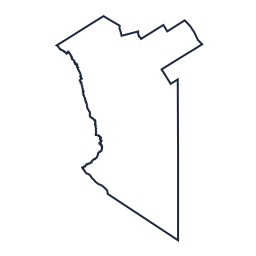 the district of Caseros, Santa Fe, Argentina, rotated 271°
{"feature_id": "61730980B68223475909099", "entity_name": "Caseros", "entity_type": "district", "adm_level": 2, "iso_a3": "ARG", "parent_name": "Argentina", "parent_adm1": "Santa Fe", "projection": "robinson", "projection_center": [-61.441, -33.197], "detail": "fine", "context": "isolated", "style": "outline", "palette": "slate", "viewbox_px": 256, "rotation_deg": 271, "n_neighbors": 0, "source": "geoboundaries", "source_scale": "gbopen_adm2", "svg_char_len": 5209}
<svg xmlns="http://www.w3.org/2000/svg" viewBox="0 0 256 256"><g transform="rotate(271 128 128)"><path d="M236.6,182.8L225.3,165.6L231.6,161.5L217.3,139.5L217.5,139.4L217.8,139.2L217.9,139.3L218.1,139.2L219.0,138.4L219.0,138.2L219.4,137.9L219.6,137.5L219.9,137.6L220.3,137.3L220.7,137.2L220.9,137.0L221.0,136.9L221.3,136.9L221.5,136.7L222.6,136.5L223.2,136.4L223.5,136.5L224.1,136.3L224.7,136.4L220.1,120.0L224.2,118.9L227.3,117.8L230.1,117.9L239.4,101.5L229.4,86.0L214.5,63.3L214.4,63.1L211.1,57.9L209.3,55.3L209.2,55.5L208.9,56.0L208.8,56.3L208.5,56.6L208.3,56.8L208.0,56.9L206.2,58.3L205.8,58.5L205.7,58.6L205.6,59.0L205.1,59.2L205.0,59.6L205.1,60.1L205.0,60.3L204.7,60.6L204.6,61.1L204.5,61.3L204.1,61.6L203.9,62.1L203.7,62.4L203.7,62.6L203.1,62.9L203.2,63.3L202.6,64.0L202.3,64.1L202.1,64.3L202.0,64.9L201.9,65.0L201.5,65.1L201.2,65.3L201.3,65.5L201.5,65.7L202.0,66.0L202.4,66.0L202.5,66.1L202.5,66.6L203.1,66.6L203.3,66.7L203.4,66.9L203.4,67.1L203.0,67.3L202.6,67.3L202.3,67.6L201.6,67.9L201.5,68.0L201.4,68.3L201.5,68.5L200.9,68.8L200.4,69.2L199.3,69.8L199.0,69.8L198.8,70.2L198.7,70.2L198.6,70.3L198.0,70.1L197.7,70.2L197.4,70.6L197.3,70.8L197.1,70.8L196.7,70.6L196.4,70.6L196.0,70.7L195.8,70.9L195.5,71.6L195.3,71.8L195.2,72.1L194.8,72.6L193.7,73.4L193.3,73.4L193.0,73.1L192.8,73.1L192.4,73.4L192.5,73.8L192.3,74.1L191.9,74.0L191.7,74.1L191.5,74.4L191.4,74.4L191.3,74.2L191.1,74.1L191.0,74.3L191.2,74.7L191.3,74.9L191.1,75.2L190.9,75.4L190.9,75.9L190.8,76.1L190.4,76.0L189.6,76.3L189.3,76.3L189.2,76.1L189.2,75.8L189.1,75.6L188.5,75.8L188.4,76.2L188.2,76.3L187.7,76.3L187.6,76.7L187.5,76.9L187.2,76.6L185.8,77.1L185.0,77.7L184.6,77.7L183.8,78.1L183.2,78.6L182.7,78.8L182.2,79.1L181.9,79.4L181.1,79.4L180.7,79.5L180.2,79.5L179.7,79.9L179.1,79.9L179.0,80.1L178.8,80.0L178.7,79.9L178.5,79.6L178.3,79.9L177.8,80.0L177.4,80.3L176.9,79.9L176.7,79.9L176.6,80.0L176.9,80.8L176.7,81.0L176.4,80.8L176.2,80.1L175.4,79.5L174.8,78.9L174.4,79.1L173.9,79.6L173.3,79.8L173.1,80.1L173.1,80.4L173.0,80.5L172.8,80.5L172.5,80.1L172.3,80.0L172.1,80.5L171.7,80.6L171.4,80.9L169.8,80.9L169.0,81.6L168.8,81.7L168.0,81.6L167.5,81.7L167.1,81.6L166.9,81.7L166.5,82.1L165.3,82.0L164.7,82.3L164.1,83.0L163.8,82.9L163.7,82.5L163.6,82.2L163.2,82.2L162.8,82.6L162.6,82.8L161.7,82.7L161.4,82.8L160.9,82.6L160.5,82.7L160.2,82.8L159.8,83.3L159.4,83.5L158.8,83.7L157.6,84.0L157.2,84.1L156.7,84.6L156.4,84.8L156.0,84.7L155.6,84.5L155.3,84.6L155.0,84.9L154.3,85.2L153.4,85.3L153.2,85.6L153.2,85.8L152.9,85.9L152.5,85.7L152.2,85.8L151.9,86.1L151.6,86.1L151.3,86.3L151.0,86.4L150.3,86.4L149.9,86.5L149.2,86.6L149.0,86.8L148.8,86.9L148.4,86.9L148.1,86.8L147.6,86.9L147.3,87.0L146.6,87.5L146.1,87.6L145.4,88.2L144.2,88.7L143.9,89.0L143.6,89.2L143.2,89.6L141.9,89.6L141.6,89.8L141.0,89.7L140.6,89.8L140.2,89.7L139.7,89.5L139.1,89.9L138.7,89.9L137.5,91.5L137.3,91.8L137.4,92.3L136.7,92.8L136.3,93.4L135.8,93.9L135.3,94.0L135.2,94.2L135.4,94.8L135.2,95.0L134.7,94.7L134.4,94.8L134.0,95.2L133.8,95.2L133.2,94.9L132.8,95.0L132.4,95.5L132.0,95.4L131.7,95.1L131.1,95.1L130.8,94.8L130.6,94.9L130.6,95.3L130.4,95.5L129.9,95.6L129.4,95.8L128.3,95.5L128.0,95.6L127.6,95.7L126.9,96.2L126.7,96.2L126.0,95.9L124.7,95.9L124.4,96.0L123.8,96.3L123.2,96.1L122.5,96.1L120.7,95.7L120.5,95.8L120.4,95.9L120.5,96.6L120.5,96.8L120.4,97.0L120.2,97.6L120.0,98.0L120.1,98.5L119.9,98.7L119.5,98.8L119.4,98.9L119.4,99.2L119.5,99.5L119.3,99.8L119.1,100.0L118.0,100.2L118.0,100.4L118.2,100.8L118.2,101.0L117.7,101.3L117.5,101.2L117.3,101.0L117.2,100.6L116.9,100.1L116.7,100.0L116.2,100.1L115.8,100.4L115.8,100.6L115.6,100.8L115.4,100.9L115.3,101.0L115.2,101.6L115.1,101.8L114.8,101.9L114.7,101.9L114.4,101.4L114.2,101.2L113.3,101.1L113.1,101.0L113.1,100.8L113.1,100.0L112.9,99.8L112.8,99.7L112.1,99.6L111.8,99.7L111.6,99.8L111.8,100.0L112.2,99.8L112.4,100.0L112.3,100.3L111.8,100.7L111.3,101.4L110.9,101.7L110.7,101.7L110.1,102.1L109.9,102.0L109.9,101.6L109.7,101.5L109.3,101.7L109.0,102.2L108.8,102.4L108.5,102.5L107.5,102.3L107.1,102.5L106.8,102.4L106.3,101.9L106.0,101.9L105.7,102.0L104.8,101.9L104.6,101.7L104.4,101.5L104.2,100.8L103.5,100.3L103.5,100.2L103.7,99.9L103.7,99.7L103.1,99.4L102.6,98.8L102.0,98.5L101.7,98.4L101.1,98.5L100.8,98.3L100.2,98.2L99.0,97.6L98.1,97.3L97.4,96.8L97.1,96.0L96.8,95.8L96.6,95.8L96.3,95.6L96.3,95.3L96.4,94.8L96.3,94.5L95.6,94.1L95.5,93.6L95.4,93.4L94.9,93.1L94.5,92.6L94.3,92.4L93.8,92.1L93.4,92.1L93.0,92.2L92.9,92.0L92.8,91.4L92.7,91.2L92.2,90.8L91.9,90.5L91.8,89.2L91.7,88.8L91.5,88.6L91.1,88.4L90.9,88.1L91.2,87.7L91.2,87.4L90.4,86.6L89.9,86.2L89.5,86.0L89.0,86.1L88.9,86.0L88.7,85.5L88.8,84.9L88.7,84.5L88.3,84.3L87.8,84.2L87.6,84.0L87.8,82.9L87.6,82.8L87.2,83.1L86.9,83.2L86.5,83.5L85.9,84.4L84.5,85.0L84.1,85.4L81.8,87.3L81.5,88.2L81.3,89.2L80.8,89.9L80.6,90.2L80.2,90.7L78.7,91.9L78.2,92.1L77.6,92.5L76.3,93.9L75.8,94.5L75.5,94.8L75.0,95.3L73.8,96.3L72.5,97.9L71.8,98.9L71.6,99.2L71.1,100.3L70.8,101.2L69.8,103.3L69.4,103.8L69.0,104.1L68.2,105.2L67.4,105.9L66.5,107.1L64.9,108.3L64.0,108.6L63.5,108.6L61.6,109.0L16.6,180.0L52.4,179.4L103.3,178.5L177.4,176.9L172.9,169.9L187.2,160.6L200.8,181.6L207.4,192.1L213.0,200.7L217.2,196.4L225.0,192.5L231.2,188.2L236.6,182.8Z" fill="none" stroke="#1e293b" stroke-width="2"/></g></svg>